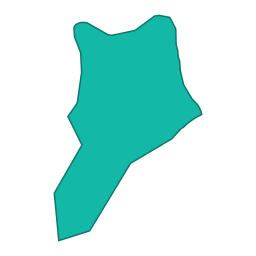 an SVG outline of Kingston upon Thames
{"feature_id": "GBR-2754", "entity_name": "Kingston upon Thames", "entity_type": "London Borough (royal)", "adm_level": 1, "iso_a3": "GBR", "parent_name": "United Kingdom", "parent_adm1": "", "projection": "robinson", "projection_center": [-0.265, 51.379], "detail": "fine", "context": "isolated", "style": "filled", "palette": "teal", "viewbox_px": 256, "rotation_deg": 0, "n_neighbors": 0, "source": "natural_earth", "source_scale": "10m", "svg_char_len": 617}
<svg xmlns="http://www.w3.org/2000/svg" viewBox="0 0 256 256"><path d="M169.8,17.4L175.4,28.1L175.8,29.6L176.1,44.6L177.7,50.5L178.2,56.7L179.6,61.0L180.3,70.7L183.6,84.8L192.0,98.9L198.3,105.6L200.8,110.9L201.7,114.5L196.7,117.1L193.4,119.1L187.0,123.8L184.3,126.5L183.1,127.5L181.0,128.6L171.8,138.8L130.5,163.3L89.7,230.8L58.8,240.6L54.3,193.2L82.0,145.0L67.9,116.5L76.5,104.3L77.5,101.5L81.6,72.4L80.7,52.8L74.6,37.0L73.9,28.1L74.6,26.1L75.1,25.4L76.1,24.4L79.8,22.7L83.4,22.3L87.0,22.8L108.3,34.9L112.1,35.3L135.2,30.4L154.7,16.0L159.2,15.4L169.8,17.4Z" fill="#14b8a6" stroke="#0f766e" stroke-width="1.5"/></svg>